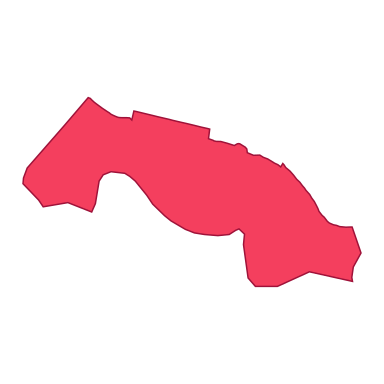 outline of Faux A Chaud, Castries, Saint Lucia
{"feature_id": "8701671B10526359848248", "entity_name": "Faux A Chaud", "entity_type": "district", "adm_level": 2, "iso_a3": "LCA", "parent_name": "Saint Lucia", "parent_adm1": "Castries", "projection": "robinson", "projection_center": [-60.995, 14.009], "detail": "fine", "context": "isolated", "style": "filled", "palette": "rose", "viewbox_px": 384, "rotation_deg": 0, "n_neighbors": 0, "source": "geoboundaries", "source_scale": "gbopen_adm2", "svg_char_len": 1562}
<svg xmlns="http://www.w3.org/2000/svg" viewBox="0 0 384 384"><path d="M282.8,163.5L280.7,166.9L277.9,164.7L274.6,163.2L267.8,159.0L263.3,157.3L259.8,155.1L253.5,155.3L247.3,152.7L246.8,149.0L245.3,147.2L239.8,143.8L238.7,143.6L237.3,143.8L234.3,145.5L227.4,143.3L220.8,141.5L216.3,141.4L214.0,140.9L213.1,140.3L208.5,138.7L209.7,129.1L207.5,128.5L201.2,127.1L194.4,125.4L186.5,123.5L182.0,122.5L172.6,120.3L169.3,119.4L157.6,116.7L152.8,115.5L139.1,112.2L135.8,111.4L133.9,111.0L131.8,120.0L129.7,117.9L126.6,117.7L124.6,117.7L122.6,117.7L119.8,117.6L117.9,117.3L115.6,116.4L112.7,115.1L110.6,114.0L109.4,112.9L107.3,111.6L102.5,108.4L97.9,105.0L96.0,103.6L94.2,102.2L91.6,99.8L90.3,98.4L89.4,98.1L88.2,97.6L64.8,125.0L27.2,168.0L23.5,178.0L23.0,183.7L27.6,188.5L38.6,200.0L43.2,206.8L67.9,202.6L91.7,212.0L95.4,203.6L99.1,181.1L103.2,174.8L111.0,171.7L124.8,173.3L129.8,176.4L135.3,181.1L146.8,195.3L152.7,204.1L164.6,215.7L171.0,220.9L185.3,229.3L194.4,232.9L204.5,234.5L217.8,235.6L229.2,234.5L235.7,230.3L239.0,228.9L244.5,234.1L243.5,244.6L248.1,278.0L255.4,286.4L258.2,286.4L277.4,286.4L309.4,271.8L352.5,281.4L351.8,277.4L353.3,267.0L361.0,253.0L357.1,241.6L352.1,227.0L351.3,227.0L347.9,227.1L346.0,227.2L339.7,226.6L336.6,225.4L333.5,224.8L329.3,223.0L327.3,221.3L324.2,217.2L322.1,215.4L319.0,211.4L317.9,208.5L316.4,205.5L314.3,201.5L311.7,198.0L309.7,194.5L306.0,190.4L304.5,188.1L302.4,185.7L299.8,182.2L296.7,179.3L293.6,175.2L290.0,171.1L285.8,167.6L284.9,166.3L284.3,165.2L282.8,163.5Z" fill="#f43f5e" stroke="#9f1239" stroke-width="1.5"/></svg>